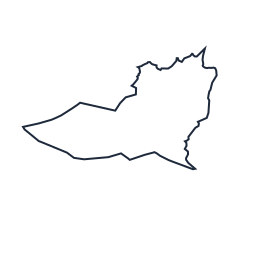 San Juan Chicomezúchil, Oaxaca, Mexico (Natural Earth projection), rotated 74°
{"feature_id": "50627088B29629326931919", "entity_name": "San Juan Chicomezúchil", "entity_type": "district", "adm_level": 2, "iso_a3": "MEX", "parent_name": "Mexico", "parent_adm1": "Oaxaca", "projection": "natural_earth1", "projection_center": [-96.512, 17.275], "detail": "fine", "context": "isolated", "style": "outline", "palette": "slate", "viewbox_px": 256, "rotation_deg": 74, "n_neighbors": 0, "source": "geoboundaries", "source_scale": "gbopen_adm2", "svg_char_len": 1468}
<svg xmlns="http://www.w3.org/2000/svg" viewBox="0 0 256 256"><g transform="rotate(74 128 128)"><path d="M107.7,34.6L101.9,28.3L97.2,27.4L94.6,27.7L93.5,29.2L93.3,31.0L92.3,34.0L92.2,35.5L91.2,37.4L89.5,38.8L88.6,39.0L87.7,38.2L86.0,37.8L83.2,37.6L79.5,36.1L72.8,32.2L78.2,42.1L77.7,44.0L76.1,45.1L75.3,45.3L74.7,45.4L74.3,45.9L76.0,48.5L76.6,54.7L79.3,58.1L77.1,60.7L74.7,60.8L74.3,61.9L76.9,63.1L80.7,69.0L81.9,73.0L80.0,79.4L81.2,80.7L79.3,83.0L77.7,83.8L76.7,83.7L75.7,83.3L73.5,87.0L72.9,87.5L71.4,88.4L70.6,88.8L70.3,90.9L71.0,91.6L71.2,93.8L71.8,97.1L72.2,97.6L72.2,98.7L72.2,101.7L73.0,101.0L74.3,100.7L77.5,101.0L78.6,101.9L79.2,103.1L80.1,103.0L80.5,103.8L81.1,105.1L82.2,104.7L83.6,105.3L85.7,108.2L87.4,110.7L88.4,112.8L91.8,109.2L97.9,111.2L97.9,121.8L101.9,128.7L107.8,135.5L90.5,167.1L91.8,170.3L94.0,177.1L97.5,188.9L98.4,194.5L99.0,199.3L99.0,212.7L98.0,228.6L100.9,227.8L116.2,217.2L116.8,216.2L134.9,193.4L141.8,188.2L146.0,178.8L149.7,159.6L150.6,155.0L150.5,141.7L157.4,136.2L159.1,135.1L158.4,119.3L158.6,109.1L160.6,107.1L163.4,105.0L170.2,97.6L171.6,95.7L171.8,95.5L185.5,77.0L185.7,74.7L178.3,79.6L174.6,80.9L173.1,80.6L169.8,77.5L167.1,76.9L163.8,79.2L161.2,76.6L158.4,76.0L156.5,76.9L156.3,74.7L155.6,72.9L153.1,72.3L146.3,63.1L145.5,59.7L143.2,58.6L141.3,59.1L141.1,57.4L140.0,49.5L138.1,48.2L135.6,46.5L123.9,42.3L121.4,42.8L117.9,41.2L117.1,40.7L115.3,39.8L114.0,38.2L107.7,34.6Z" fill="none" stroke="#1e293b" stroke-width="2"/></g></svg>